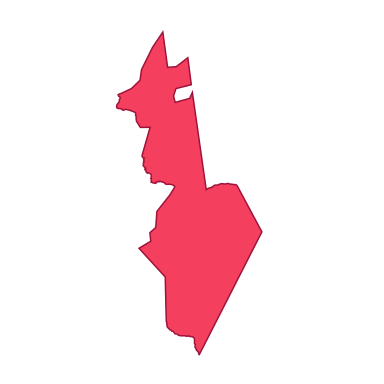 Imbonggu District, Southern Highlands, Papua New Guinea, rotated 83°
{"feature_id": "67681753B40256229749398", "entity_name": "Imbonggu District", "entity_type": "district", "adm_level": 2, "iso_a3": "PNG", "parent_name": "Papua New Guinea", "parent_adm1": "Southern Highlands", "projection": "orthographic", "projection_center": [143.894, -6.148], "detail": "fine", "context": "isolated", "style": "filled", "palette": "rose", "viewbox_px": 384, "rotation_deg": 83, "n_neighbors": 0, "source": "geoboundaries", "source_scale": "gbopen_adm2", "svg_char_len": 2077}
<svg xmlns="http://www.w3.org/2000/svg" viewBox="0 0 384 384"><g transform="rotate(83 192 192)"><path d="M354.3,204.6L285.6,158.2L240.1,127.5L205.0,141.1L190.8,146.6L189.9,148.0L189.6,150.3L189.0,151.4L189.0,153.0L187.9,154.8L188.1,158.2L187.3,161.7L187.6,163.6L188.2,165.8L188.0,168.3L188.3,169.5L189.1,170.2L189.4,171.7L189.9,172.1L190.3,175.4L191.5,177.6L93.2,179.5L98.8,182.9L101.0,197.8L94.4,198.6L87.4,195.3L85.4,179.6L58.2,179.8L65.7,192.4L65.3,201.0L29.7,201.5L43.7,213.6L64.4,227.2L74.8,230.0L82.0,239.6L85.2,249.5L85.6,250.0L85.6,251.2L86.4,253.5L88.2,253.0L88.5,252.3L89.9,251.6L91.8,253.0L93.7,253.2L94.9,254.7L96.7,256.1L99.1,256.5L100.3,255.0L100.3,253.4L101.2,251.6L102.0,251.2L102.6,249.8L102.0,249.0L101.9,247.6L103.7,243.0L104.7,241.2L106.0,238.8L107.6,238.2L108.9,238.7L110.4,238.2L112.0,238.5L115.0,238.5L121.6,235.4L122.7,225.7L149.1,236.9L150.9,237.2L152.0,236.3L152.4,235.3L153.4,236.1L154.2,235.6L155.7,236.4L156.1,235.9L157.7,236.9L158.9,236.8L159.8,237.3L160.8,236.7L162.2,235.5L163.5,235.9L163.1,235.2L165.1,235.3L165.5,235.1L166.5,235.1L167.3,234.3L167.9,234.1L167.5,233.4L168.1,232.0L169.6,230.5L171.2,230.3L172.3,230.8L173.0,230.9L173.5,231.3L174.2,230.8L177.4,231.3L177.4,230.6L178.1,229.8L179.0,227.1L178.1,226.6L178.3,225.8L177.7,225.4L177.3,224.2L177.9,223.2L177.5,222.3L178.1,221.3L178.2,219.9L178.8,219.7L179.1,218.9L179.8,217.7L180.4,217.8L181.1,216.8L181.4,215.5L181.4,214.5L181.6,213.2L182.3,210.8L182.7,210.0L183.7,209.0L184.8,208.4L192.1,214.2L207.0,229.2L222.8,232.3L227.3,238.8L235.8,238.9L241.4,251.5L273.1,228.9L276.0,229.2L278.8,229.5L317.3,233.3L317.7,233.0L319.9,233.2L320.8,232.8L322.1,233.2L323.6,232.7L323.9,232.3L326.1,230.7L326.4,229.8L327.6,229.1L328.2,227.5L330.7,226.2L331.0,224.3L332.6,222.9L333.6,219.6L333.5,218.6L334.1,215.7L334.6,215.1L334.3,214.5L334.7,213.2L334.5,212.2L335.3,211.6L335.5,209.4L337.1,207.8L338.3,207.4L341.1,207.8L342.9,208.0L343.8,207.1L345.9,208.0L348.2,207.2L348.5,206.8L349.5,206.9L351.3,205.3L352.9,205.1L354.1,204.9L354.3,204.6Z" fill="#f43f5e" stroke="#9f1239" stroke-width="1.5"/></g></svg>